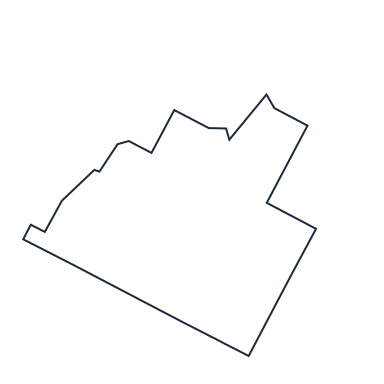 Catoosa, Georgia, United States of America (Natural Earth projection), rotated 208°
{"feature_id": "52423323B32210031675876", "entity_name": "Catoosa", "entity_type": "district", "adm_level": 2, "iso_a3": "USA", "parent_name": "United States of America", "parent_adm1": "Georgia", "projection": "natural_earth1", "projection_center": [-85.131, 34.878], "detail": "fine", "context": "isolated", "style": "outline", "palette": "slate", "viewbox_px": 384, "rotation_deg": 208, "n_neighbors": 0, "source": "geoboundaries", "source_scale": "gbopen_adm2", "svg_char_len": 539}
<svg xmlns="http://www.w3.org/2000/svg" viewBox="0 0 384 384"><g transform="rotate(208 192 192)"><path d="M318.8,71.0L260.8,71.9L260.7,71.9L140.2,72.7L135.4,72.8L108.1,73.2L107.0,73.2L104.6,73.3L103.4,73.4L95.9,73.4L91.2,73.4L74.0,73.7L65.0,73.8L65.3,137.2L65.4,166.3L65.2,217.7L120.9,217.5L121.2,304.8L158.6,304.7L172.0,313.0L183.6,255.7L191.7,264.1L207.2,256.3L246.1,256.0L246.1,207.5L271.8,207.3L280.2,199.2L283.3,166.5L288.6,165.7L302.8,123.2L303.2,87.7L319.0,87.4L318.8,71.0Z" fill="none" stroke="#1e293b" stroke-width="2"/></g></svg>